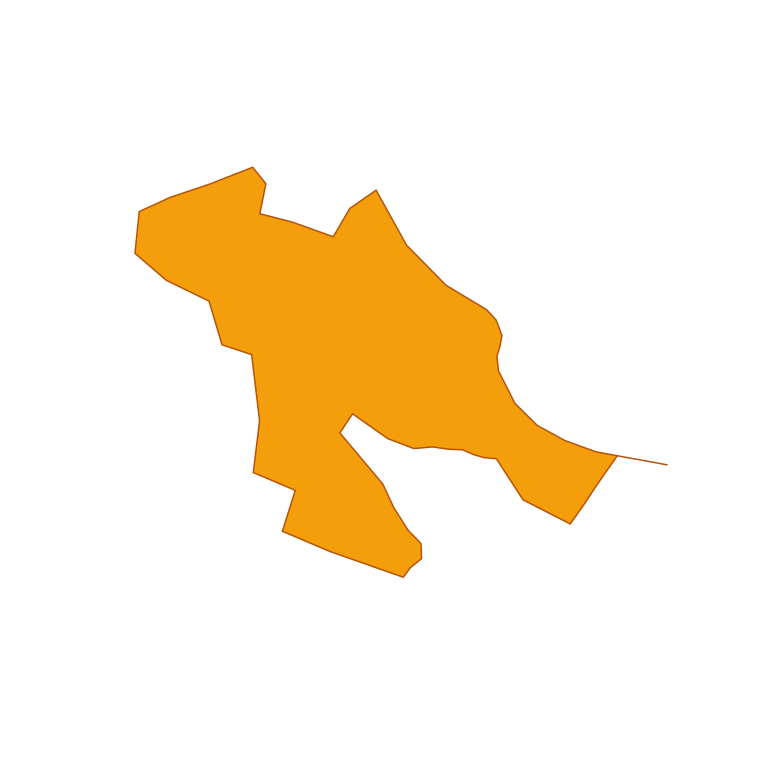 the border of Nauksenu, rotated 23°
{"feature_id": "LVA-5792", "entity_name": "Nauksenu", "entity_type": "Municipality", "adm_level": 1, "iso_a3": "LVA", "parent_name": "Latvia", "parent_adm1": "", "projection": "equal_earth", "projection_center": [25.495, 57.899], "detail": "fine", "context": "isolated", "style": "filled", "palette": "amber", "viewbox_px": 768, "rotation_deg": 23, "n_neighbors": 0, "source": "natural_earth", "source_scale": "10m", "svg_char_len": 853}
<svg xmlns="http://www.w3.org/2000/svg" viewBox="0 0 768 768"><g transform="rotate(23 384 384)"><path d="M475.6,302.1L476.0,303.7L477.1,314.4L484.2,327.1L512.1,350.7L541.4,362.3L572.6,365.4L605.7,363.6L676.7,347.7L626.8,358.9L619.4,393.6L615.3,416.2L610.1,440.1L557.3,436.3L516.7,408.9L505.2,412.6L494.3,414.0L482.0,413.9L468.7,418.9L453.4,422.9L436.6,431.8L408.7,432.8L366.7,423.7L362.5,446.3L421.9,476.5L441.6,494.2L463.2,509.1L480.4,516.4L486.8,530.0L480.0,542.9L477.2,554.4L399.8,559.3L348.0,559.3L343.9,516.6L298.3,516.6L283.8,466.4L250.7,408.7L219.6,411.2L190.6,376.1L143.0,373.6L103.7,361.0L91.3,320.9L114.1,295.9L145.2,268.3L178.4,235.8L197.0,245.8L203.2,275.8L236.3,270.8L279.8,268.3L283.9,235.8L301.0,208.7L350.5,247.4L402.6,268.9L449.4,275.5L462.2,281.3L473.6,293.3L475.6,302.1Z" fill="#f59e0b" stroke="#b45309" stroke-width="1.5"/></g></svg>